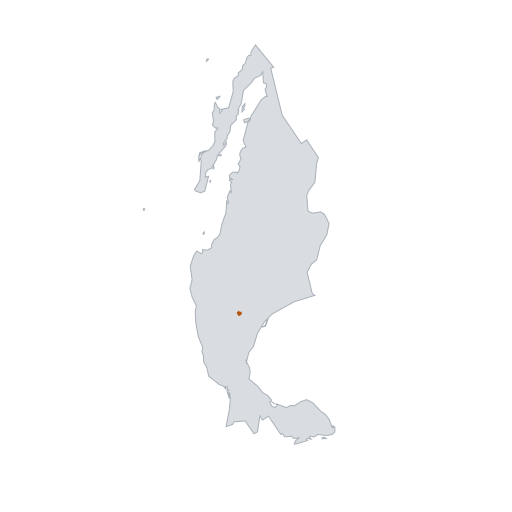 location of Alfajayucan, Hidalgo, Mexico, rotated 56°
{"feature_id": "50627088B1030892779314", "entity_name": "Alfajayucan", "entity_type": "district", "adm_level": 2, "iso_a3": "MEX", "parent_name": "Mexico", "parent_adm1": "Hidalgo", "projection": "mercator", "projection_center": [-99.403, 20.41], "detail": "fine", "context": "in_parent", "style": "filled", "palette": "amber", "viewbox_px": 512, "rotation_deg": 56, "n_neighbors": 0, "source": "geoboundaries", "source_scale": "gbopen_adm2", "svg_char_len": 4547}
<svg xmlns="http://www.w3.org/2000/svg" viewBox="0 0 512 512"><g transform="rotate(56 256 256)"><path d="M80.7,138.4L109.6,135.8L108.3,138.7L154.0,155.6L188.1,155.5L188.1,149.1L209.3,149.3L213.0,153.8L227.8,166.0L231.4,176.1L234.1,180.0L247.9,187.9L252.3,185.0L255.6,177.6L259.8,175.9L269.8,177.2L278.0,185.4L283.5,197.2L293.1,207.8L293.7,214.5L297.9,222.7L318.7,230.4L321.5,229.2L315.2,250.2L313.1,274.9L314.1,280.1L319.5,287.2L318.3,291.0L318.7,287.1L314.2,281.2L315.6,286.7L321.0,298.1L329.8,309.0L331.8,315.7L338.0,322.6L336.3,322.4L339.8,324.1L338.7,323.1L345.2,323.9L349.8,326.3L353.9,330.7L364.8,327.4L372.9,326.9L378.2,324.3L383.9,323.7L385.0,324.7L384.6,326.1L389.2,327.0L392.3,324.9L391.5,321.4L389.9,322.3L390.3,321.5L398.7,315.6L399.3,310.8L401.7,308.0L401.8,300.2L403.4,294.4L409.8,290.9L421.2,289.1L426.1,287.1L431.7,286.7L440.8,288.7L441.5,287.4L439.1,287.3L442.2,286.4L445.9,289.0L446.5,292.5L444.7,297.2L438.7,304.4L438.5,309.1L435.5,312.0L436.0,313.1L438.7,312.7L435.9,315.6L435.9,316.8L437.8,316.5L434.1,328.3L433.2,329.4L431.3,326.7L430.9,322.2L428.2,326.8L425.4,327.2L422.0,333.3L418.1,333.2L417.7,335.2L395.7,335.2L395.7,342.3L390.7,342.2L402.6,353.1L402.2,357.1L386.7,357.2L381.1,367.1L382.6,369.6L380.7,376.2L369.5,365.0L360.4,357.4L354.9,354.5L354.3,355.2L359.4,357.8L351.5,355.5L352.0,353.7L349.9,354.4L348.6,352.8L347.1,354.6L349.8,355.4L345.8,355.8L341.8,358.4L329.2,362.4L321.0,359.2L314.2,358.5L309.5,355.5L304.9,354.2L302.0,351.3L290.8,349.0L276.9,342.9L267.8,337.2L264.0,333.3L254.6,332.0L245.6,328.7L240.0,322.3L227.6,316.2L221.0,307.6L218.8,302.4L223.7,299.9L222.9,297.7L220.7,296.9L224.0,292.9L224.3,288.1L221.7,286.5L219.0,281.7L219.1,277.3L217.3,273.3L210.0,265.9L203.5,256.9L193.5,249.1L196.4,250.6L196.6,248.9L191.3,247.2L187.3,241.0L190.1,241.2L182.3,237.0L181.2,234.9L178.3,235.7L177.8,234.7L180.0,232.3L176.3,234.2L174.0,232.4L173.5,228.3L176.2,224.6L177.2,225.3L175.3,221.6L172.8,219.2L169.5,219.3L167.3,214.2L163.3,213.1L160.8,210.9L159.2,206.4L160.2,203.5L153.1,202.1L140.5,187.7L139.8,184.2L137.9,183.2L129.7,165.0L129.0,159.4L129.9,157.6L122.9,155.3L121.3,152.3L119.0,151.2L116.6,153.0L107.1,147.4L108.9,151.0L107.8,157.9L109.9,163.4L111.7,173.8L121.3,182.9L124.4,189.0L125.8,188.7L126.6,190.5L128.0,190.7L129.3,194.7L132.0,195.9L133.6,204.0L138.5,208.2L140.2,212.7L142.4,214.2L144.1,219.6L146.1,220.9L145.0,216.9L147.7,219.2L151.0,231.5L154.1,235.1L158.3,243.8L157.7,247.5L158.6,250.8L162.2,254.0L163.4,250.8L173.6,262.2L172.7,266.4L168.7,269.5L166.5,269.9L162.2,260.5L146.3,248.0L144.9,248.2L141.6,244.2L140.9,241.5L141.8,235.6L140.4,229.9L137.9,225.9L130.2,220.9L128.6,216.0L127.2,218.1L123.2,219.0L120.3,215.7L113.0,212.3L111.9,209.4L106.4,205.3L105.9,203.8L111.5,204.6L114.8,203.4L114.7,204.7L117.5,206.1L116.5,202.8L115.2,202.6L117.8,195.8L107.1,183.1L98.2,177.5L96.6,174.7L96.5,169.9L94.3,168.3L93.5,162.9L90.7,160.5L90.3,157.3L86.3,152.2L85.6,149.8L86.8,148.1L84.1,146.0L80.7,138.4ZM140.0,187.9L139.1,191.1L136.3,190.1L137.4,185.2L139.1,184.6L140.0,187.9ZM128.6,187.2L124.5,183.7L123.4,180.0L125.4,181.2L125.9,183.3L128.0,183.8L128.6,187.2ZM444.5,303.4L443.6,302.4L444.1,301.0L446.6,299.9L444.5,303.4ZM141.8,248.1L138.9,244.9L140.6,238.3L140.1,244.2L141.8,248.1ZM104.3,200.7L102.1,200.3L103.5,196.6L104.5,199.3L104.3,200.7ZM67.2,188.8L65.4,186.4L65.7,185.4L66.4,185.4L67.2,188.8ZM144.2,248.2L146.0,250.8L142.3,248.3L144.2,248.2ZM208.7,286.6L208.4,287.6L207.5,287.2L207.1,285.4L208.7,286.6ZM159.4,241.5L160.1,243.5L158.2,241.0L159.4,241.5ZM152.3,228.2L153.4,229.1L151.8,230.9L152.3,228.2ZM155.6,323.4L154.8,323.7L153.8,322.9L154.7,321.9L155.6,323.4ZM387.7,323.8L385.8,324.3L389.1,323.2L387.7,323.8ZM169.1,252.9L168.1,252.7L167.9,250.8L169.1,252.9Z" fill="#d9dde1" stroke="#a8b0b8" stroke-width="1"/><path d="M295.6,301.1L295.6,301.3L295.4,301.5L295.4,301.4L295.4,301.5L295.3,301.4L295.3,301.0L295.2,301.0L294.9,300.9L294.8,301.0L294.8,300.8L294.7,300.9L294.5,300.7L294.5,300.8L294.4,300.9L294.2,300.8L293.9,300.9L293.8,301.0L293.7,301.1L293.4,301.1L293.2,301.2L293.1,301.3L293.0,301.5L292.9,301.5L293.0,301.5L293.2,301.8L292.9,301.9L292.9,302.0L293.0,302.0L292.9,302.0L293.0,302.1L292.9,302.2L292.9,302.3L292.9,302.5L292.7,302.5L292.7,302.8L292.7,303.0L292.8,303.1L293.0,303.1L293.4,303.1L293.5,303.1L293.8,303.1L294.0,303.2L294.3,303.2L294.5,303.2L294.8,303.0L295.0,303.0L295.0,303.3L295.3,303.3L295.4,303.2L295.5,303.2L295.6,302.9L295.7,302.7L295.7,302.4L295.7,302.2L295.6,301.8L295.6,301.7L295.7,301.4L295.7,301.2L295.6,301.1Z" fill="#f59e0b" stroke="#b45309" stroke-width="1.5"/></g></svg>